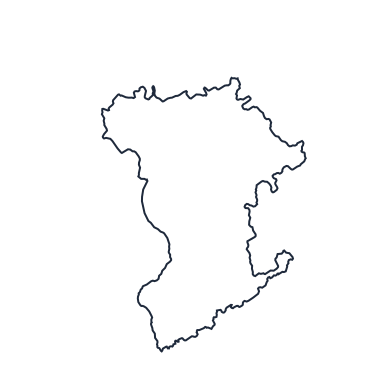 outline of Yizre'el, HaZafon, Israel, rotated 54°
{"feature_id": "584046B83064859640631", "entity_name": "Yizre'el", "entity_type": "district", "adm_level": 2, "iso_a3": "ISR", "parent_name": "Israel", "parent_adm1": "HaZafon", "projection": "natural_earth1", "projection_center": [35.352, 32.606], "detail": "fine", "context": "isolated", "style": "outline", "palette": "slate", "viewbox_px": 384, "rotation_deg": 54, "n_neighbors": 0, "source": "geoboundaries", "source_scale": "gbopen_adm2", "svg_char_len": 6017}
<svg xmlns="http://www.w3.org/2000/svg" viewBox="0 0 384 384"><g transform="rotate(54 192 192)"><path d="M77.9,169.9L77.2,171.9L77.4,173.6L78.8,174.7L79.0,176.0L78.6,176.8L77.5,177.9L76.9,179.4L77.5,180.7L81.7,182.3L81.7,184.0L80.2,185.3L78.4,187.9L76.4,189.9L72.5,192.2L72.2,193.1L70.1,193.7L69.8,194.7L71.4,201.9L72.4,202.9L74.1,203.4L74.7,204.9L75.0,209.2L75.4,210.3L77.0,211.0L76.7,212.1L72.5,214.9L72.1,215.7L73.3,216.8L75.0,217.6L76.1,219.2L80.8,219.6L82.5,221.6L85.2,222.7L86.3,223.6L90.8,224.0L92.4,224.7L93.5,229.2L94.7,231.6L95.6,232.0L97.0,231.7L97.7,229.7L101.0,226.8L104.0,226.4L113.0,226.6L118.3,226.2L119.2,225.8L119.8,218.7L121.4,217.0L124.1,216.2L125.1,214.9L126.7,214.2L131.8,214.2L134.3,214.6L135.6,215.5L137.0,217.5L138.7,218.9L141.8,219.7L145.5,223.9L147.0,224.9L147.9,226.3L151.5,225.4L153.5,222.7L155.2,222.0L155.4,221.2L156.9,221.6L161.3,230.0L166.5,235.2L170.0,237.9L181.2,242.8L189.8,244.3L192.7,243.4L198.3,243.3L201.9,241.4L205.6,240.7L207.7,239.3L209.0,238.8L214.7,239.0L221.0,241.0L222.8,242.7L224.6,243.7L226.7,246.0L227.5,246.4L229.8,246.5L231.8,248.0L234.0,248.3L234.9,249.0L235.4,250.8L235.5,254.8L237.6,258.4L238.2,262.3L240.2,265.0L240.4,267.8L242.6,270.1L242.8,272.5L242.1,274.7L240.7,275.8L240.2,277.5L240.3,283.0L239.4,286.9L239.8,287.9L240.7,289.1L240.8,290.8L242.3,292.9L242.6,294.7L243.6,295.2L244.9,297.2L246.4,298.5L249.5,300.1L253.0,300.3L254.4,300.0L255.2,298.8L256.5,298.0L258.8,297.1L263.5,296.8L268.5,297.6L270.1,298.0L271.3,299.9L272.9,301.0L273.9,301.2L274.1,302.2L275.1,303.0L278.6,304.0L280.9,305.2L284.7,305.3L288.3,307.6L292.3,307.6L293.5,308.4L294.7,309.9L295.8,310.2L297.1,311.2L297.9,311.2L299.1,310.2L302.1,310.5L303.1,310.2L302.8,309.2L301.6,307.6L301.9,304.0L302.2,303.3L304.3,303.5L305.0,302.6L304.0,301.5L304.1,300.5L304.6,299.5L305.5,298.7L305.2,297.6L304.3,296.6L305.0,294.6L302.9,293.5L302.6,292.9L302.8,292.4L305.0,291.4L305.2,290.8L303.6,290.0L303.6,288.6L304.3,286.1L304.8,285.7L306.9,285.5L307.8,285.1L308.4,284.2L308.6,277.1L309.2,276.2L310.5,275.3L311.2,274.3L311.2,272.6L310.4,271.0L308.4,270.8L308.3,270.4L307.3,269.8L306.8,268.9L308.0,267.2L309.1,262.5L308.9,260.6L309.3,260.2L310.4,260.0L311.0,258.7L314.2,256.7L313.0,254.1L312.7,251.7L311.9,251.1L308.2,250.6L307.6,249.4L306.6,248.8L306.2,247.9L307.1,246.7L307.4,245.6L305.9,244.1L304.5,243.5L303.5,242.1L302.5,241.5L304.1,238.2L305.0,238.0L306.4,238.4L307.9,237.7L308.3,237.0L308.2,236.0L307.6,234.4L306.6,233.6L305.9,232.0L306.2,226.8L306.7,226.3L308.0,228.2L309.1,228.0L310.1,227.2L310.0,225.6L310.4,222.9L311.1,221.8L312.3,221.6L313.0,221.0L313.3,218.6L313.1,217.2L311.5,215.9L311.0,214.8L311.0,213.5L312.8,212.1L313.2,210.2L313.4,204.5L313.2,198.3L311.7,196.1L309.0,195.4L308.6,194.2L309.1,192.8L310.7,191.4L310.8,187.4L308.8,184.5L308.3,183.0L306.6,182.3L305.9,180.6L306.3,179.3L307.8,179.3L308.2,177.6L307.6,174.7L308.7,173.6L308.9,172.4L308.3,170.8L308.7,170.1L309.4,170.2L309.7,165.8L310.8,164.7L311.3,162.8L308.3,158.8L307.2,158.3L306.3,155.8L305.1,155.3L304.0,153.7L304.5,151.7L305.7,150.8L305.3,149.5L303.7,148.9L298.8,149.2L296.4,151.5L293.5,151.8L293.3,152.6L294.1,153.6L294.6,155.7L292.5,159.2L294.7,162.0L295.0,163.7L296.1,164.7L302.5,165.8L303.3,166.5L303.8,168.5L303.7,172.1L301.7,174.6L301.4,181.1L300.9,181.6L299.8,181.9L298.7,184.4L297.1,185.7L297.2,190.3L295.8,191.2L294.1,191.1L292.5,189.8L289.3,188.6L287.0,186.7L284.0,186.6L282.6,186.0L281.7,185.0L279.0,184.0L277.5,182.2L275.1,181.4L270.5,181.4L269.9,180.7L269.3,178.8L268.1,177.6L265.1,176.7L264.4,176.1L265.3,167.6L265.0,166.3L263.6,165.4L259.1,165.2L256.0,163.8L254.4,164.9L252.1,165.1L249.3,162.8L247.1,160.0L244.2,159.6L241.7,156.9L240.3,156.1L238.1,156.1L236.4,158.2L234.9,158.2L233.9,156.7L233.8,154.7L234.8,153.7L236.7,153.0L237.9,151.8L239.9,150.9L240.6,149.3L240.1,146.4L238.5,146.1L237.5,144.5L236.3,143.7L233.6,143.1L232.8,141.9L232.2,141.5L229.6,140.8L228.5,139.1L227.5,138.9L226.4,137.3L224.5,135.7L224.4,129.5L224.8,128.1L226.4,127.0L227.9,125.2L230.5,124.6L233.2,124.6L235.0,125.1L236.4,126.6L238.6,127.2L239.9,126.7L240.2,125.6L240.1,122.3L239.3,120.7L238.3,120.3L234.7,120.0L233.6,119.4L232.3,116.8L231.1,116.4L228.9,117.7L227.1,117.7L226.2,117.2L225.9,115.3L226.4,114.4L226.6,112.2L227.3,111.0L228.8,110.2L229.0,108.4L228.4,106.7L227.4,106.1L226.7,105.1L226.0,103.2L226.4,100.3L227.5,99.2L231.4,98.5L232.7,97.9L233.1,97.0L233.3,91.9L234.1,88.9L233.5,87.8L233.2,83.2L231.7,80.8L231.6,80.2L229.5,79.7L226.8,78.0L225.9,78.1L224.8,79.2L223.8,79.6L223.0,79.3L222.7,78.3L220.1,76.5L219.4,74.7L218.0,73.1L216.7,72.8L215.4,73.0L214.5,78.1L215.3,79.6L215.0,81.4L213.5,83.1L213.2,84.8L212.3,86.3L210.4,86.8L208.3,86.6L206.0,87.3L204.0,89.1L202.3,89.6L198.1,89.5L196.1,91.3L194.8,91.7L190.7,91.9L187.1,91.6L186.1,91.2L185.2,89.6L184.1,89.2L182.3,87.1L178.9,86.6L177.9,87.1L176.9,88.9L174.9,89.5L172.8,89.1L169.8,88.1L166.3,89.2L162.0,89.5L161.3,89.9L160.4,91.4L159.2,91.9L158.8,93.2L158.7,97.6L158.1,98.8L156.8,99.5L156.0,100.8L154.7,101.4L152.4,101.0L151.7,100.5L151.2,98.6L151.6,96.9L151.6,91.4L151.2,89.9L150.5,89.5L147.9,89.9L147.5,91.8L147.3,96.2L145.2,98.2L144.5,100.6L143.4,101.2L142.4,101.0L140.3,98.8L138.6,98.8L138.2,97.8L136.5,95.8L136.1,92.3L133.9,91.4L133.3,90.0L131.3,89.3L128.2,88.9L126.9,88.3L126.5,89.6L125.0,90.6L123.9,92.4L122.9,92.9L123.4,94.1L124.5,95.5L126.8,97.3L127.1,98.6L127.0,100.1L126.2,101.0L125.2,103.0L124.7,110.1L123.8,111.1L121.5,111.4L120.5,112.9L120.0,118.6L119.2,119.3L115.5,120.0L114.9,120.5L115.5,121.8L120.0,122.3L121.7,122.9L122.2,124.1L120.9,125.1L120.6,126.4L118.1,128.1L115.6,131.2L115.8,137.8L114.7,138.7L110.0,139.0L109.1,138.7L107.9,137.2L106.9,137.4L106.2,140.2L106.2,144.8L105.8,147.0L104.7,148.8L103.9,152.8L103.1,154.1L102.1,156.7L101.9,161.7L101.4,162.6L97.4,163.4L94.8,165.2L92.3,165.4L90.2,164.6L88.1,162.5L85.2,161.2L84.2,161.0L83.6,161.2L84.0,162.5L84.5,162.9L87.9,164.0L89.1,165.8L90.7,166.8L91.1,171.1L91.7,171.9L91.4,173.0L88.9,174.5L87.7,174.6L86.7,173.9L83.2,169.8L79.8,169.3L77.9,169.9Z" fill="none" stroke="#1e293b" stroke-width="2"/></g></svg>